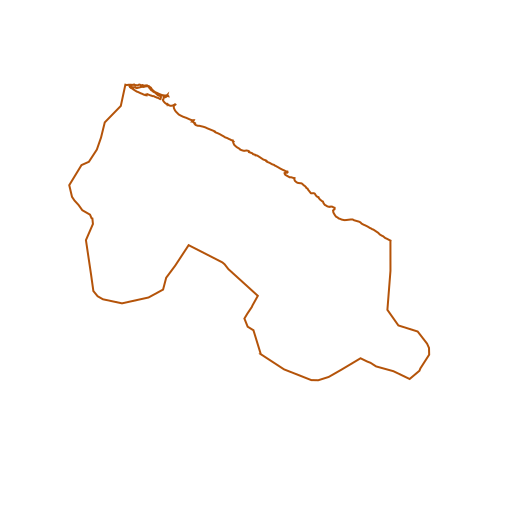 Al Makha, Ta`izz, Yemen (Equal Earth projection), rotated 116°
{"feature_id": "15242507B68807574850563", "entity_name": "Al Makha", "entity_type": "district", "adm_level": 2, "iso_a3": "YEM", "parent_name": "Yemen", "parent_adm1": "Ta`izz", "projection": "equal_earth", "projection_center": [43.297, 13.522], "detail": "fine", "context": "isolated", "style": "outline", "palette": "amber", "viewbox_px": 512, "rotation_deg": 116, "n_neighbors": 0, "source": "geoboundaries", "source_scale": "gbopen_adm2", "svg_char_len": 5964}
<svg xmlns="http://www.w3.org/2000/svg" viewBox="0 0 512 512"><g transform="rotate(116 256 256)"><path d="M342.1,208.9L342.2,208.3L345.6,181.1L343.3,151.9L340.4,145.6L332.9,137.7L320.9,129.5L302.1,117.2L302.1,109.6L301.8,106.3L302.6,99.7L299.3,82.0L299.2,64.0L287.5,58.8L285.0,59.0L268.8,57.1L262.8,60.2L259.8,63.8L253.0,77.6L256.0,97.6L246.8,114.3L210.5,128.6L184.1,141.5L183.2,141.8L183.2,143.6L183.1,145.9L183.2,147.8L182.8,149.3L182.5,150.7L182.6,151.4L182.4,154.1L181.6,156.3L180.8,162.1L181.0,163.2L180.8,164.8L180.9,166.3L180.7,167.2L180.6,169.2L180.6,171.7L180.7,173.0L180.6,175.3L180.0,176.9L180.0,178.9L180.2,179.5L180.3,180.3L180.9,183.6L180.8,184.8L180.8,185.2L181.6,186.8L184.2,190.8L185.0,192.2L185.7,194.9L185.8,197.1L186.0,198.2L185.6,199.6L185.6,201.2L184.8,202.8L183.9,204.2L183.0,205.5L181.3,206.7L180.9,206.6L179.6,205.9L178.9,206.1L178.2,206.5L178.3,206.9L178.3,209.5L179.1,210.7L179.1,211.0L179.4,211.1L179.6,211.3L180.0,212.8L180.1,214.1L179.9,215.6L179.9,216.6L179.5,217.4L178.9,218.5L177.9,219.5L177.7,219.9L177.8,220.5L177.2,223.1L176.4,225.0L176.1,225.3L175.8,225.4L175.7,225.9L175.9,226.5L175.9,227.0L175.4,228.6L174.2,230.5L174.2,231.5L174.6,232.4L175.2,233.3L175.5,234.2L173.4,238.6L173.0,238.9L172.8,239.2L172.8,240.4L172.6,240.9L172.4,241.0L172.2,241.3L171.7,242.7L171.5,244.1L170.8,246.3L170.8,247.1L171.6,249.3L172.0,250.7L172.0,251.3L171.8,252.5L171.4,253.9L170.5,255.0L169.6,255.4L169.1,255.5L169.2,256.0L169.5,256.7L169.8,258.9L170.5,260.2L170.3,263.9L170.2,265.2L169.5,266.3L169.0,266.7L168.4,266.3L167.5,264.5L166.9,264.3L166.3,264.8L166.8,266.2L166.7,268.5L166.8,269.2L166.8,271.2L166.7,273.7L166.6,274.1L166.4,278.1L166.5,278.6L166.4,279.2L166.2,279.6L166.5,281.7L166.3,284.6L166.5,287.3L166.3,288.3L165.9,288.3L165.9,288.9L165.7,289.2L165.8,289.5L166.1,291.7L165.5,296.0L165.2,298.8L165.4,299.8L165.8,300.6L165.6,300.9L165.4,300.9L165.4,301.0L165.4,301.7L165.6,302.2L165.8,303.3L165.6,303.5L165.4,304.1L165.3,304.9L165.5,305.6L165.4,305.9L165.6,307.0L165.7,307.8L165.1,307.9L164.9,308.3L164.9,309.0L165.3,310.7L166.7,312.8L167.0,314.1L167.2,315.5L167.3,316.9L166.9,317.6L166.7,319.7L166.6,321.0L166.2,322.6L165.6,324.4L164.4,325.8L163.4,326.7L163.0,326.5L162.9,327.2L162.3,327.5L162.7,329.1L162.6,330.4L162.7,331.8L162.6,333.5L162.9,335.8L162.6,337.8L162.6,338.9L162.4,341.6L162.4,343.8L162.6,346.5L162.5,346.9L162.5,347.2L162.3,347.3L162.4,347.8L162.3,348.2L162.1,348.2L162.1,348.6L162.5,354.3L162.6,355.6L162.6,357.6L162.7,358.6L163.0,360.4L163.3,361.7L163.8,364.0L164.5,365.5L164.6,366.5L164.7,367.6L164.6,368.0L164.5,368.4L164.1,369.2L163.4,369.0L163.3,369.4L163.4,370.0L163.1,371.5L162.9,371.9L161.7,371.6L162.7,371.9L163.0,372.0L163.2,371.8L163.1,372.0L163.2,372.3L162.1,371.9L161.5,371.8L161.4,371.5L161.3,371.4L161.2,371.4L161.4,371.8L161.6,371.9L161.8,372.3L162.0,373.3L162.2,374.2L162.3,376.0L162.4,379.4L162.6,380.6L162.6,381.0L162.8,382.5L162.8,383.4L162.8,385.0L162.7,387.4L161.3,391.4L160.6,392.7L159.1,394.6L157.5,395.6L157.1,395.7L156.9,395.6L156.2,395.4L156.0,395.2L155.5,395.0L155.4,394.9L155.2,394.8L155.1,395.0L155.2,395.3L155.3,395.3L155.5,395.1L155.8,395.2L156.2,396.0L156.5,396.1L157.3,396.9L158.0,397.8L158.4,398.5L158.6,399.3L158.7,400.7L158.4,401.1L158.5,401.4L158.5,401.7L158.4,401.8L158.4,402.3L158.5,402.3L158.4,402.4L158.7,402.6L158.6,403.2L158.3,404.9L157.8,406.2L157.7,406.5L157.1,407.5L156.5,408.2L156.1,408.0L155.6,408.1L155.0,408.0L153.8,408.5L153.4,409.0L153.1,409.1L152.9,407.3L153.0,407.2L152.9,406.9L152.7,406.8L152.6,407.6L152.8,407.6L152.8,407.8L152.0,407.9L151.7,407.9L151.4,407.5L151.0,406.7L150.9,406.3L150.9,405.4L150.8,404.9L150.7,405.0L150.8,405.5L150.7,405.9L150.5,406.2L150.0,406.3L150.3,406.4L150.7,406.7L151.2,407.4L151.9,408.4L151.9,408.9L151.9,409.0L152.4,410.4L152.7,412.4L152.8,414.5L152.8,416.9L152.9,417.5L152.9,418.5L152.7,419.7L152.4,421.0L151.5,423.3L151.4,423.4L150.9,424.0L150.7,424.7L150.6,425.9L150.4,426.3L150.5,426.6L150.3,426.9L150.4,427.2L150.6,427.7L150.5,428.1L150.4,428.4L150.5,428.5L150.6,428.9L150.6,429.2L151.5,430.6L151.9,431.1L152.2,431.8L152.2,432.0L152.0,432.7L152.3,433.3L152.6,433.5L153.2,434.5L152.9,435.2L153.1,435.7L153.1,436.1L154.0,436.9L154.4,437.0L154.6,437.3L154.9,437.8L155.0,438.1L154.9,438.4L155.0,438.7L155.4,439.2L155.3,439.7L155.6,440.4L155.4,440.8L155.7,440.9L156.3,441.9L156.4,442.3L156.7,442.7L156.8,443.2L157.4,443.1L158.4,442.1L158.6,441.0L157.3,438.7L157.5,437.6L157.4,436.8L154.0,432.8L153.3,431.1L151.7,429.3L150.7,427.0L151.3,426.1L151.5,425.8L151.6,425.7L151.6,425.2L151.9,425.0L151.9,424.7L152.1,424.2L152.4,424.0L152.6,423.6L152.6,423.3L152.8,423.1L152.9,422.9L152.9,422.7L152.9,422.2L152.6,421.8L153.1,421.4L153.2,420.8L153.4,420.2L153.4,418.5L153.4,417.8L153.6,417.5L153.8,417.1L153.7,416.9L154.1,416.0L154.2,415.6L154.2,415.1L154.4,414.9L154.4,413.2L154.2,412.2L154.2,411.5L154.4,411.4L154.6,411.2L155.5,410.9L155.9,410.8L156.8,410.8L157.0,410.9L157.0,411.1L156.8,413.2L157.1,414.3L157.0,414.5L157.2,416.1L157.2,417.1L157.1,417.4L157.2,418.1L157.6,418.9L157.7,419.4L157.7,420.4L157.9,421.0L158.2,424.7L159.0,424.7L159.3,425.8L159.5,425.8L159.5,425.4L159.7,425.2L160.0,426.2L160.0,427.1L160.2,427.8L160.1,429.0L160.3,431.1L160.3,433.8L160.5,435.3L160.0,439.5L159.7,439.6L159.5,441.0L159.8,441.2L159.8,442.1L159.6,442.4L159.5,442.6L159.5,443.3L159.1,443.6L158.9,444.0L158.6,443.9L158.0,444.4L157.9,444.8L157.6,444.9L157.7,445.2L159.0,447.1L159.3,447.7L159.2,448.0L159.3,448.5L180.4,443.3L202.2,450.5L217.5,447.2L230.1,445.7L231.0,445.8L244.6,447.5L250.8,452.7L274.2,454.9L283.5,447.3L285.7,443.5L287.9,437.9L291.0,432.2L291.6,423.3L294.1,420.4L294.0,419.5L298.7,416.6L316.3,415.8L345.0,396.1L358.8,386.8L361.6,380.7L362.0,374.6L357.3,355.7L340.4,334.4L326.9,324.8L314.9,327.2L300.1,324.4L275.8,321.3L276.5,283.4L277.2,280.6L279.9,275.1L291.0,236.9L302.2,237.5L303.6,237.4L311.6,238.5L317.3,239.0L323.2,232.5L323.8,226.5L323.8,225.8L342.0,208.8L342.1,208.9Z" fill="none" stroke="#b45309" stroke-width="2"/></g></svg>